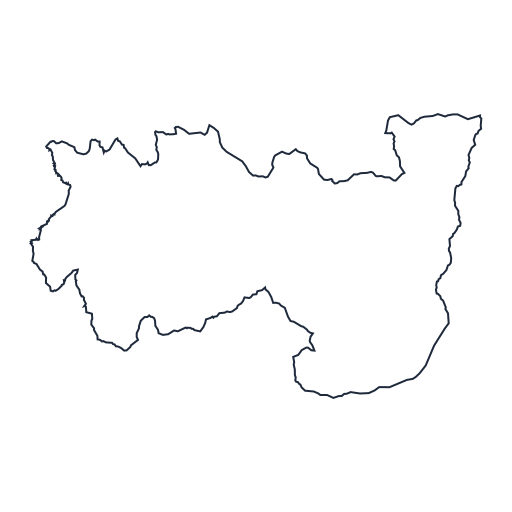 the district of Nyanza, Southern, Rwanda
{"feature_id": "39286606B66592032419282", "entity_name": "Nyanza", "entity_type": "district", "adm_level": 2, "iso_a3": "RWA", "parent_name": "Rwanda", "parent_adm1": "Southern", "projection": "robinson", "projection_center": [29.757, -2.344], "detail": "fine", "context": "isolated", "style": "outline", "palette": "slate", "viewbox_px": 512, "rotation_deg": 0, "n_neighbors": 0, "source": "geoboundaries", "source_scale": "gbopen_adm2", "svg_char_len": 5969}
<svg xmlns="http://www.w3.org/2000/svg" viewBox="0 0 512 512"><path d="M480.0,115.5L467.9,119.2L457.6,114.4L453.1,114.4L447.9,115.3L445.2,116.5L437.9,114.1L432.7,116.0L424.6,116.7L420.4,117.9L417.6,120.2L416.4,120.3L413.8,123.5L411.5,124.6L408.5,123.1L398.3,115.2L389.8,117.2L388.0,120.5L386.3,130.5L385.3,133.1L390.5,133.3L391.7,132.6L394.6,136.5L393.5,139.3L394.5,141.4L393.6,143.5L394.1,146.4L393.7,149.0L395.2,150.2L396.7,155.2L399.0,157.4L399.9,161.0L400.1,166.4L404.4,172.9L401.9,174.1L395.7,180.6L393.7,180.4L389.5,177.4L384.9,177.3L381.5,176.0L376.8,176.3L375.7,175.9L373.0,172.7L371.1,171.9L366.8,172.9L360.5,173.2L357.2,174.5L354.0,174.3L347.7,180.3L344.2,181.1L339.4,181.3L337.3,183.1L334.8,183.5L332.2,181.0L332.5,180.2L331.5,179.0L327.4,180.0L324.1,179.7L318.9,174.0L318.0,169.0L317.2,167.8L310.3,163.5L307.0,158.3L306.9,155.5L305.1,153.4L300.0,152.3L297.3,151.0L295.8,149.2L289.3,154.0L286.4,153.6L282.0,151.7L275.2,155.4L274.1,157.0L272.4,162.5L272.2,164.8L273.4,167.6L267.8,176.7L265.6,177.5L262.8,176.3L258.6,176.5L255.6,175.4L253.1,175.6L249.0,172.0L245.9,166.3L242.2,161.3L226.6,151.8L222.3,147.6L219.8,142.1L219.8,139.3L218.0,131.7L213.9,128.0L209.4,125.2L207.0,132.7L204.7,134.8L200.5,132.5L189.1,133.8L184.0,129.8L178.1,126.8L175.8,127.0L174.8,128.0L175.4,128.9L176.1,133.7L173.7,134.2L169.4,134.4L168.1,133.9L166.4,134.5L162.9,132.1L158.4,132.3L155.7,131.3L155.1,132.1L155.4,134.7L156.5,136.4L157.1,139.7L155.8,144.8L156.8,147.4L156.3,149.8L157.8,152.2L158.3,154.4L158.0,159.6L156.4,162.4L154.8,162.5L150.9,165.1L148.8,165.1L147.7,162.4L147.1,163.4L145.1,164.4L141.9,164.1L140.5,166.2L135.2,158.3L127.9,152.5L125.2,148.3L124.1,147.7L123.6,144.9L121.9,144.6L119.8,141.3L118.1,140.8L117.4,138.4L115.5,139.5L109.5,149.6L106.1,151.5L104.6,150.6L103.8,152.5L102.5,147.4L100.3,146.8L99.5,145.3L99.6,141.5L97.6,141.5L95.2,139.6L94.0,140.2L92.1,139.6L90.6,141.2L89.7,148.9L88.8,151.2L86.3,153.6L83.4,154.3L77.2,152.7L75.0,150.1L74.4,147.2L68.6,144.7L67.2,143.4L61.8,141.4L58.7,143.1L56.2,143.3L53.9,141.1L52.4,141.0L51.4,141.8L50.5,141.7L46.2,146.5L47.0,148.0L48.0,148.0L49.5,149.1L49.4,150.2L50.5,149.5L52.3,152.9L51.9,155.1L52.8,156.5L53.0,160.0L54.8,163.2L53.9,163.5L54.8,164.1L54.6,165.3L53.8,165.6L54.0,166.2L55.1,166.1L54.5,169.3L55.5,169.7L55.2,170.9L55.9,171.3L56.2,173.4L57.4,173.2L58.8,174.5L57.9,175.3L58.0,175.9L59.9,175.8L61.0,176.8L61.6,178.1L61.2,179.9L62.5,180.5L63.1,182.3L64.9,183.0L66.0,182.7L66.1,183.7L67.4,184.3L68.0,183.4L68.2,184.4L70.1,185.0L70.6,186.8L68.7,190.5L68.8,194.0L65.5,204.4L64.5,205.9L55.7,212.0L55.0,213.3L54.0,213.8L54.3,214.6L52.9,214.8L52.5,216.0L51.2,215.5L51.2,216.4L48.8,219.2L49.0,220.6L48.0,220.9L48.0,221.5L47.0,221.5L46.9,223.9L41.1,226.5L40.9,226.9L41.7,227.1L40.0,228.0L41.0,228.1L40.0,229.3L40.8,229.3L40.9,230.0L39.1,237.0L39.2,239.5L38.0,240.0L37.4,239.2L36.8,239.5L36.4,238.6L35.7,239.8L31.4,240.2L31.7,241.5L30.9,241.7L31.3,242.2L30.7,243.1L31.7,243.4L31.1,244.0L33.0,246.7L32.9,250.8L33.6,253.8L32.3,260.9L33.7,262.0L33.9,262.9L36.5,264.0L39.9,269.5L42.6,271.6L43.2,274.4L44.3,274.5L46.1,277.6L45.9,283.0L50.1,286.7L50.7,290.7L53.0,291.4L54.5,290.3L55.6,290.8L58.4,289.0L61.7,285.7L61.8,284.9L63.5,284.2L64.2,282.8L63.9,280.3L65.0,280.6L65.4,278.7L66.9,276.9L71.6,272.9L73.2,270.6L77.8,269.6L77.0,273.0L75.2,274.9L75.4,279.5L76.4,280.4L75.8,281.4L76.5,285.6L79.3,289.6L80.0,293.4L81.6,296.4L82.6,296.2L84.0,297.8L83.9,299.9L85.9,303.8L84.2,306.2L85.2,305.9L85.9,306.8L86.3,312.2L91.9,313.7L92.3,318.9L91.5,320.4L91.3,324.6L94.1,328.3L94.0,330.0L97.4,335.8L97.6,339.4L100.0,339.8L102.0,341.5L103.3,341.1L106.0,342.4L112.1,342.8L113.0,344.1L114.7,344.5L115.8,346.3L117.8,346.4L121.1,348.0L124.2,350.6L126.6,350.4L130.2,347.1L131.0,345.3L138.0,339.9L136.7,337.0L136.7,333.2L139.0,328.2L139.0,326.2L140.8,320.7L144.5,317.1L147.4,317.0L149.2,315.4L151.0,316.9L152.0,316.8L154.1,318.1L155.0,320.6L155.4,325.9L158.0,329.8L158.6,333.2L162.9,334.9L168.2,334.2L174.1,330.5L177.8,331.3L185.5,327.6L186.8,328.2L187.2,327.7L190.5,327.9L191.9,328.9L193.1,328.8L194.4,330.1L200.2,331.4L203.3,327.2L205.2,322.9L206.0,319.4L210.6,317.9L212.4,316.6L213.4,317.7L214.2,316.7L216.9,316.3L219.3,313.2L224.9,312.6L226.8,311.5L230.1,312.1L232.3,311.4L237.0,308.0L237.4,306.2L238.4,305.1L241.1,303.5L243.0,301.1L244.5,297.4L249.0,298.0L250.6,297.4L252.9,294.6L256.4,294.2L257.4,291.2L262.0,290.2L265.1,287.5L265.5,289.4L268.4,291.9L271.2,296.9L273.2,302.9L275.8,302.7L279.1,303.5L281.0,305.6L284.8,307.8L288.0,316.7L290.5,321.0L293.9,321.8L301.4,326.3L303.2,326.7L306.9,329.6L307.9,331.1L310.2,332.7L312.9,333.4L310.6,336.6L309.7,340.6L310.0,342.0L312.4,345.4L314.4,350.6L311.4,350.3L307.9,347.6L306.3,347.6L301.7,350.1L298.3,354.9L293.2,356.9L294.2,362.3L293.7,364.5L294.8,369.5L294.9,375.1L295.7,377.4L295.3,380.5L296.1,381.7L297.9,382.1L299.2,383.9L300.4,384.6L301.6,387.4L305.1,390.7L313.8,391.5L318.4,393.5L320.3,395.0L327.1,395.0L333.4,397.9L338.7,396.1L341.7,396.0L344.2,393.9L346.3,393.9L350.6,392.1L360.0,393.5L368.8,393.1L374.7,390.4L379.2,387.1L389.5,387.2L406.9,379.9L412.7,378.9L415.7,377.0L419.7,373.2L425.7,365.5L434.1,345.6L444.9,328.4L448.7,323.3L448.0,313.3L445.4,309.0L445.8,307.4L443.1,300.6L440.8,298.7L440.4,296.3L437.9,293.8L436.7,293.6L435.9,289.8L436.7,287.6L436.2,285.1L436.9,281.5L438.1,281.2L438.7,279.1L440.3,278.2L441.0,275.2L443.3,273.7L446.4,270.1L447.9,265.5L449.6,264.6L450.8,262.7L451.2,258.1L450.0,252.3L449.0,251.0L448.8,248.6L450.0,246.0L449.4,239.1L452.7,236.2L453.1,233.9L454.4,233.1L456.8,229.6L457.9,226.5L460.2,225.8L460.6,223.0L459.0,219.7L459.4,217.2L458.3,214.2L458.3,210.9L455.0,205.7L455.1,202.8L454.3,200.1L455.4,188.3L456.8,185.9L458.2,186.2L459.9,184.8L461.4,184.5L461.5,182.0L465.3,176.1L466.1,171.4L468.7,168.2L468.3,166.8L469.8,162.4L468.8,160.3L469.3,157.7L468.5,155.0L471.7,147.8L475.2,144.8L473.7,140.0L475.3,135.1L476.1,134.0L477.6,133.5L478.6,130.8L481.1,128.8L480.7,125.7L481.3,118.6L479.9,116.9L480.0,115.5Z" fill="none" stroke="#1e293b" stroke-width="2"/></svg>